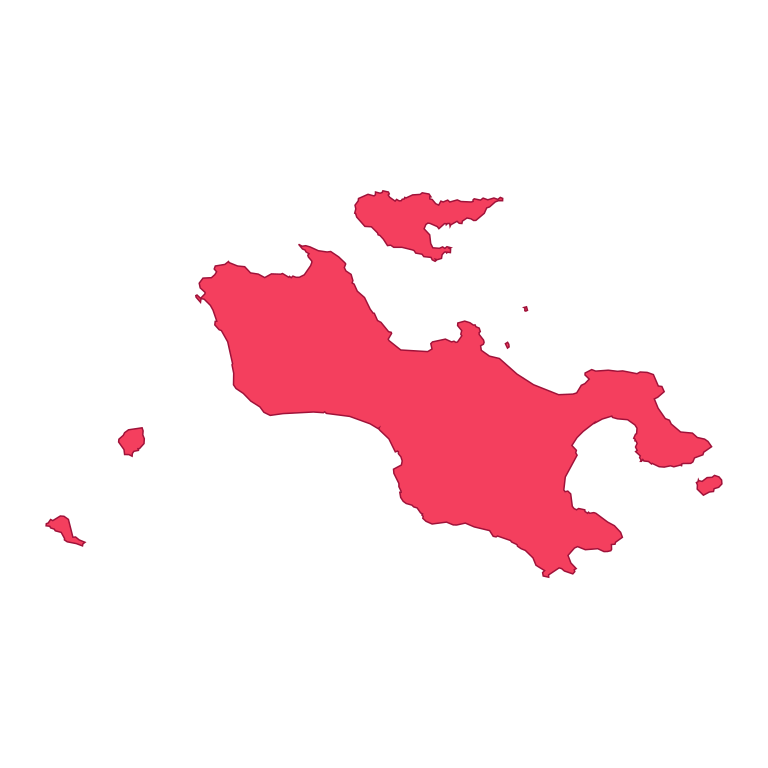 Praslin, Baie Sainte Anne, Seychelles (Mercator projection)
{"feature_id": "34574756B43978553392406", "entity_name": "Praslin", "entity_type": "district", "adm_level": 2, "iso_a3": "SYC", "parent_name": "Seychelles", "parent_adm1": "Baie Sainte Anne", "projection": "mercator", "projection_center": [55.728, -4.319], "detail": "fine", "context": "isolated", "style": "filled", "palette": "rose", "viewbox_px": 768, "rotation_deg": 0, "n_neighbors": 0, "source": "geoboundaries", "source_scale": "gbopen_adm2", "svg_char_len": 6114}
<svg xmlns="http://www.w3.org/2000/svg" viewBox="0 0 768 768"><path d="M302.1,246.2L298.6,244.3L302.5,249.0L305.1,250.1L305.9,251.8L309.0,253.8L307.8,255.2L308.3,256.9L311.8,261.1L311.8,262.5L310.6,265.7L304.3,274.8L299.3,277.3L296.0,277.3L292.9,276.1L291.2,277.7L289.5,276.4L288.8,277.3L282.5,273.5L280.7,274.2L271.4,273.9L264.7,277.6L258.3,274.1L250.5,272.9L244.7,266.7L237.6,266.0L229.1,262.6L228.5,261.5L224.9,264.4L215.3,266.0L214.2,269.0L216.6,271.8L214.8,274.7L211.4,277.7L203.0,278.1L199.2,283.2L200.2,287.9L205.1,292.4L204.9,293.9L200.6,298.3L197.0,295.0L195.8,295.6L196.1,297.2L200.5,302.3L201.0,298.6L204.2,299.2L210.4,305.4L213.0,310.1L216.8,321.2L215.2,321.4L214.8,324.9L219.1,329.7L221.4,330.6L227.7,341.8L232.6,363.8L232.0,364.8L233.7,373.3L233.5,384.8L236.0,388.5L243.3,393.4L250.9,401.2L259.9,406.9L263.9,412.3L270.2,415.4L283.0,413.6L313.4,412.0L323.4,412.7L324.7,411.8L326.4,413.4L349.7,416.4L370.1,423.8L378.1,428.6L379.2,427.8L378.7,428.9L380.2,430.6L388.9,438.9L395.3,451.9L397.5,451.1L398.4,451.7L398.4,453.7L400.9,456.8L402.2,460.9L401.4,465.0L393.5,469.2L393.9,473.4L398.9,483.5L398.9,486.7L401.0,491.0L401.1,492.3L399.8,492.3L400.7,497.5L403.2,501.3L406.2,503.5L411.9,505.1L413.7,506.9L417.1,507.9L420.6,512.9L422.6,514.0L421.9,515.0L423.2,516.4L422.8,518.3L426.0,521.3L432.1,524.0L446.5,522.1L453.2,524.9L456.7,525.0L465.3,523.1L474.2,526.9L489.6,530.6L493.2,536.3L496.1,536.9L497.5,536.0L510.5,540.5L511.6,542.0L517.0,544.6L517.5,546.2L521.1,548.7L525.3,550.4L533.0,557.9L536.0,565.3L544.6,570.6L542.6,572.6L543.2,576.0L548.7,577.2L548.6,574.9L559.1,567.9L561.6,568.6L564.4,571.0L572.8,573.9L574.8,571.6L574.2,569.7L576.2,568.6L570.9,563.0L568.0,555.4L574.5,548.0L577.6,546.6L585.3,549.7L597.8,548.7L604.0,551.6L607.5,551.5L610.8,550.7L611.6,549.3L611.4,544.5L615.0,544.2L615.5,542.3L622.4,537.3L620.6,532.3L614.4,525.7L607.7,522.1L595.9,513.3L593.8,512.6L589.7,513.3L588.5,512.2L587.6,513.3L585.0,511.5L584.8,509.8L578.6,508.5L576.6,509.8L574.1,508.6L572.3,506.3L570.7,493.9L567.8,491.1L565.1,491.7L563.8,490.0L565.3,477.0L577.1,455.2L575.7,452.8L576.4,450.3L571.9,445.5L577.0,437.6L583.2,431.4L594.8,422.4L594.7,423.1L602.3,419.0L611.8,416.1L612.5,417.4L617.4,418.8L627.6,419.7L634.9,424.9L637.0,428.2L636.6,433.7L635.5,434.2L633.7,438.3L635.2,439.3L634.9,440.8L636.2,441.2L637.1,443.5L635.5,447.0L637.2,450.4L635.6,451.6L640.3,455.9L639.6,457.6L641.1,460.0L640.5,461.3L641.5,461.3L642.8,459.5L643.9,461.0L648.5,461.5L651.5,464.0L652.2,463.4L659.1,466.7L664.2,467.1L670.6,465.8L673.8,466.8L681.1,464.9L681.6,466.3L681.7,464.0L683.2,463.5L690.7,463.4L692.9,461.9L694.5,457.9L702.9,454.8L703.7,452.2L711.6,446.7L708.0,441.5L704.6,439.1L697.3,437.5L692.4,433.1L680.6,432.0L671.2,424.0L669.4,420.2L665.3,418.6L658.1,408.2L654.3,398.9L657.7,397.3L664.2,391.7L661.9,386.5L658.3,386.0L653.4,374.6L647.2,372.4L640.1,372.0L637.0,373.7L622.7,370.9L617.5,371.3L608.3,370.2L595.7,371.1L591.7,369.6L585.1,373.0L585.0,375.0L589.2,379.1L584.9,383.6L581.3,385.3L576.7,392.9L572.9,394.1L558.6,394.7L533.5,384.7L517.0,374.1L499.4,358.5L489.4,356.1L481.3,350.3L480.6,345.8L483.4,344.2L484.1,342.3L483.5,340.0L479.2,334.5L479.1,332.7L480.3,331.6L479.2,328.1L475.9,326.7L475.1,324.9L473.4,325.1L469.9,322.7L464.7,321.1L457.8,323.0L457.6,325.6L461.7,330.6L460.8,334.2L461.8,335.8L457.5,342.0L455.9,342.4L454.0,341.2L451.5,341.9L445.4,339.1L432.5,341.9L430.8,343.7L432.0,349.0L427.7,351.6L400.8,350.0L389.1,340.7L388.2,339.2L391.6,333.4L391.2,332.3L388.6,331.7L381.0,322.4L377.5,320.5L374.3,313.3L373.1,313.1L370.2,309.2L364.5,297.5L357.3,291.2L354.1,284.1L352.1,282.9L352.9,280.6L351.1,274.4L346.0,271.0L344.3,267.6L345.7,264.0L344.9,262.8L338.7,256.9L330.7,251.5L327.1,252.0L318.3,250.7L310.0,246.9L305.7,245.7L302.1,246.2ZM382.9,190.8L382.1,192.5L380.1,193.2L375.5,192.0L375.4,194.8L374.0,195.9L368.0,194.3L358.5,198.5L358.2,200.9L355.0,205.2L355.8,208.9L354.7,213.2L355.6,213.6L356.7,217.1L364.9,226.4L371.4,226.8L377.6,233.0L378.1,234.8L380.0,235.5L383.3,239.1L387.5,245.6L390.7,245.2L393.7,247.3L401.9,247.3L412.4,249.9L414.1,250.6L415.7,253.1L422.0,254.2L423.8,256.6L431.0,257.4L432.2,259.8L435.1,261.3L436.1,260.5L435.3,259.2L437.3,259.7L441.5,258.4L442.1,254.7L444.4,252.2L445.9,251.9L446.7,253.0L447.5,252.2L450.4,252.6L450.6,249.0L449.3,248.3L450.7,247.7L446.9,246.7L444.9,248.4L442.6,246.9L439.4,248.3L432.8,247.8L430.7,243.5L429.7,234.8L424.1,228.8L425.9,224.5L427.9,223.1L430.0,223.4L437.3,226.6L438.9,228.7L444.5,223.6L446.2,223.7L446.3,224.7L447.6,223.5L449.7,223.5L450.1,226.3L450.8,224.8L457.0,221.3L459.2,223.3L461.9,223.5L462.4,221.1L467.0,218.0L470.9,218.8L473.7,220.5L475.9,220.4L484.3,213.3L486.7,207.9L489.6,206.9L495.3,201.9L498.4,200.7L502.6,200.7L502.7,198.4L500.3,197.4L497.9,199.4L493.9,198.0L487.8,199.8L483.1,198.1L480.5,200.1L474.2,198.8L473.0,200.0L473.1,201.4L471.2,202.0L460.9,201.5L457.3,199.9L449.8,202.0L447.7,200.1L443.1,202.0L440.9,201.1L438.7,205.1L435.7,203.7L432.2,199.5L429.8,198.9L429.7,196.9L430.9,196.8L429.0,194.0L422.2,192.8L420.2,194.4L412.6,194.9L405.9,198.0L404.8,197.4L404.0,199.1L402.3,199.2L401.2,200.7L399.2,200.9L396.6,199.4L395.1,201.1L389.6,197.2L388.2,195.0L389.3,193.9L388.4,192.0L382.9,190.8ZM142.1,427.8L128.5,429.8L124.6,432.7L123.3,435.3L118.9,439.2L118.6,442.0L124.0,449.6L124.6,454.5L128.9,454.6L132.1,456.2L132.4,453.4L133.9,451.3L138.4,450.4L138.0,448.7L139.4,448.7L144.0,443.6L144.3,438.7L142.8,434.9L143.1,430.9L142.1,427.8ZM68.4,519.4L64.0,516.3L60.3,516.0L52.8,520.6L50.6,519.5L48.2,523.0L46.3,523.7L46.1,525.8L49.8,526.3L50.6,527.9L54.2,529.1L55.3,530.8L61.2,532.4L64.5,538.4L64.4,539.9L67.2,541.8L76.3,543.6L82.5,545.9L82.9,543.9L85.0,542.3L79.2,539.9L75.6,537.0L72.9,537.2L68.4,519.4ZM719.0,476.9L714.5,475.4L712.1,477.3L707.1,477.6L702.1,481.4L698.8,480.7L698.4,479.8L698.0,481.7L696.4,482.6L697.4,484.8L697.2,489.1L703.4,495.2L709.4,492.0L713.5,491.5L714.1,488.7L718.7,487.3L721.9,483.9L721.6,480.0L719.0,476.9ZM507.5,348.1L509.1,346.9L508.8,344.3L507.6,342.3L505.4,343.7L507.5,348.1ZM526.5,306.8L523.9,307.5L524.9,308.1L524.8,310.7L525.8,311.1L527.5,310.3L526.5,306.8Z" fill="#f43f5e" stroke="#9f1239" stroke-width="1.5"/></svg>